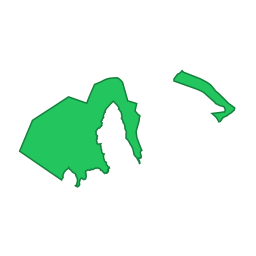 Vaa o Fonoti, Samoa (Robinson projection), rotated 112°
{"feature_id": "51752279B29729282307798", "entity_name": "Vaa o Fonoti", "entity_type": "district", "adm_level": 2, "iso_a3": "WSM", "parent_name": "Samoa", "parent_adm1": "", "projection": "robinson", "projection_center": [-171.548, -13.927], "detail": "fine", "context": "isolated", "style": "filled", "palette": "green", "viewbox_px": 256, "rotation_deg": 112, "n_neighbors": 0, "source": "geoboundaries", "source_scale": "gbopen_adm2", "svg_char_len": 4400}
<svg xmlns="http://www.w3.org/2000/svg" viewBox="0 0 256 256"><g transform="rotate(112 128 128)"><path d="M112.4,175.6L120.5,175.6L121.4,194.8L136.8,205.5L148.9,214.0L156.7,219.4L190.1,219.8L201.1,170.1L200.4,170.2L199.5,170.0L198.9,169.7L198.3,169.7L197.7,169.8L197.5,170.2L195.5,170.7L192.4,170.6L191.7,170.2L190.2,169.7L188.9,168.9L188.4,168.7L187.9,168.2L187.6,167.7L187.1,167.8L188.0,166.8L188.4,165.5L189.1,164.0L189.6,163.1L189.8,162.1L190.1,160.1L190.3,159.4L190.6,159.0L191.1,158.9L192.0,158.2L193.0,157.0L193.7,156.2L194.5,155.7L195.8,155.1L197.1,154.8L198.9,154.6L199.3,154.3L200.4,154.5L200.7,155.0L201.2,155.2L201.4,154.3L201.1,153.8L201.4,153.4L201.2,153.1L201.4,152.6L200.5,152.0L199.5,151.7L198.6,151.6L196.8,152.7L196.0,152.7L194.5,153.1L193.4,152.9L192.2,152.6L191.9,152.3L191.7,151.8L192.4,150.4L192.4,149.8L191.8,148.8L190.9,148.2L190.4,148.3L189.6,148.4L189.0,148.7L188.3,148.7L187.7,149.3L187.2,149.2L186.5,149.6L185.7,150.3L185.7,150.6L184.8,150.6L184.2,150.7L184.0,151.1L182.2,149.8L181.6,148.8L181.8,148.2L181.5,147.6L181.1,147.1L180.1,146.9L180.3,146.6L180.2,146.2L179.8,145.6L179.5,144.8L179.0,144.4L178.3,144.1L177.5,143.3L176.8,141.7L176.4,141.1L176.3,139.6L176.1,138.9L177.3,137.8L177.4,136.9L177.2,136.1L177.6,135.6L177.9,134.9L178.6,133.5L178.9,132.7L178.3,132.3L178.0,132.0L178.1,131.4L177.6,130.6L177.0,131.0L176.6,130.8L176.7,130.5L176.2,130.0L175.4,130.6L175.2,130.2L174.7,130.2L174.2,130.4L173.9,131.2L172.5,130.5L172.1,130.2L171.3,130.9L171.6,131.3L171.3,132.3L170.5,133.0L170.0,134.4L169.2,134.8L168.1,135.1L167.8,135.9L167.7,137.2L166.7,137.9L164.6,139.6L164.1,139.7L163.4,140.1L163.0,140.5L161.7,140.4L161.1,140.2L161.0,140.8L161.4,141.2L161.3,141.8L160.9,142.3L159.8,143.6L158.6,144.1L157.8,144.6L157.0,145.4L155.9,146.0L155.2,146.1L154.6,147.0L153.2,147.3L152.8,147.3L153.5,148.4L154.3,150.1L154.2,150.4L153.6,151.3L152.7,151.4L151.8,152.3L151.4,152.7L151.0,152.8L150.4,152.6L149.8,152.8L149.6,152.5L149.1,152.8L148.2,153.4L147.8,153.3L147.3,153.8L147.5,154.3L147.4,154.1L147.0,153.3L146.6,153.5L146.2,154.7L145.7,155.3L144.3,155.8L143.5,156.3L143.0,156.5L140.6,156.0L139.7,155.9L139.3,155.6L139.1,154.8L138.2,154.1L136.9,154.1L136.2,153.3L135.5,153.2L135.1,153.7L133.7,153.7L133.0,153.9L132.6,154.5L132.6,155.0L132.2,155.3L131.5,155.5L130.3,154.9L129.6,155.2L128.7,155.0L127.7,154.6L127.0,155.0L126.9,154.8L125.5,155.5L124.1,155.5L122.6,155.7L122.1,155.5L122.0,155.1L121.5,155.2L121.0,155.8L119.9,155.4L119.1,155.7L113.0,153.5L108.6,151.7L111.2,146.0L112.6,144.0L112.8,143.8L114.0,143.8L114.0,143.5L115.2,141.6L115.8,140.6L116.8,139.5L117.7,139.3L119.1,138.0L120.1,137.8L120.5,137.6L121.1,137.9L122.0,137.4L121.9,137.1L122.0,136.7L122.6,136.0L123.1,135.7L124.3,134.6L124.4,134.8L125.0,134.3L125.2,133.6L125.8,132.9L126.2,132.6L126.6,132.1L128.3,131.3L128.4,131.1L129.1,130.7L129.5,130.7L130.6,129.7L131.0,129.1L131.5,128.6L132.3,128.3L132.9,127.8L133.4,127.6L134.4,127.6L136.2,126.6L136.4,126.7L137.4,126.3L138.1,126.2L138.8,124.8L139.0,124.1L140.0,122.4L141.0,121.2L141.9,120.2L142.7,119.1L143.2,118.3L144.5,116.8L145.7,115.6L148.4,113.7L150.3,112.5L151.0,111.5L151.8,110.0L152.2,108.9L153.2,107.7L153.8,107.1L154.0,106.6L154.3,106.3L155.0,105.3L155.8,104.6L156.6,104.1L156.3,103.8L155.2,104.3L154.1,105.2L153.8,105.7L153.1,106.3L152.2,106.7L151.4,106.4L151.5,106.1L151.2,105.0L150.5,105.0L150.1,104.7L149.4,105.2L148.7,105.5L147.4,106.6L146.4,107.2L145.9,107.5L144.1,107.4L143.6,106.8L139.3,111.0L133.6,116.2L128.2,119.2L119.0,120.2L117.4,120.4L114.9,121.1L112.1,121.6L111.8,123.6L109.5,127.9L102.1,129.1L102.9,138.4L91.5,147.3L87.8,150.1L86.6,152.3L85.8,154.5L85.4,156.6L86.8,159.7L88.6,163.3L90.4,165.9L92.5,168.0L95.0,170.1L97.6,172.7L100.2,175.3L112.4,175.6ZM83.1,55.6L84.2,52.3L84.8,50.7L86.0,48.8L87.0,47.5L88.3,46.0L87.5,45.1L85.8,44.4L84.6,44.3L83.7,44.2L81.6,42.8L79.2,40.6L77.8,39.9L75.8,38.4L74.7,37.7L73.3,37.1L71.6,36.2L69.8,36.5L69.5,36.5L68.8,38.9L68.2,41.1L67.6,44.0L65.9,47.8L63.9,52.5L62.1,56.8L61.0,60.4L59.1,63.8L57.8,66.1L56.9,68.1L56.0,72.3L55.3,79.5L55.5,97.5L55.2,98.0L54.6,99.3L55.4,99.7L56.0,99.7L56.9,100.1L58.2,100.9L58.7,101.3L59.3,102.1L62.6,103.0L65.4,103.7L67.2,103.0L66.2,79.6L66.3,73.2L66.9,70.4L68.5,66.0L70.2,61.3L71.4,57.9L72.5,55.8L72.6,53.3L72.8,51.2L72.3,47.4L72.7,46.5L73.3,46.0L74.8,44.4L75.4,44.5L77.1,44.5L77.5,45.8L78.7,47.6L81.6,52.9L83.1,55.6Z" fill="#22c55e" stroke="#15803d" stroke-width="1.5"/></g></svg>